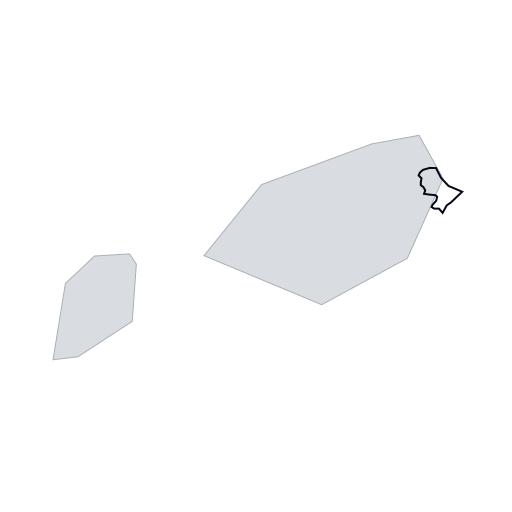 location of Birżebbuġa within Malta, rotated 293°
{"feature_id": "MLT-5968", "entity_name": "Birżebbuġa", "entity_type": "state/province", "adm_level": 1, "iso_a3": "MLT", "parent_name": "Malta", "parent_adm1": "", "projection": "equal_earth", "projection_center": [14.516, 35.821], "detail": "fine", "context": "in_parent", "style": "outline", "palette": "ink", "viewbox_px": 512, "rotation_deg": 293, "n_neighbors": 0, "source": "natural_earth", "source_scale": "10m", "svg_char_len": 742}
<svg xmlns="http://www.w3.org/2000/svg" viewBox="0 0 512 512"><g transform="rotate(293 256 256)"><path d="M430.8,358.9L400.4,397.9L313.1,396.2L236.8,335.4L236.0,208.0L323.9,233.2L404.3,318.6L430.8,358.9ZM201.8,149.0L147.5,167.6L93.7,131.5L81.2,109.7L156.3,91.3L192.9,107.4L208.5,138.7L201.8,149.0Z" fill="#d9dde1" stroke="#a8b0b8" stroke-width="1"/><path d="M407.3,387.4L400.2,395.8L395.7,405.9L395.7,420.7L381.2,414.4L377.2,411.8L368.6,410.9L370.0,408.1L371.1,406.0L369.2,401.3L369.7,398.5L372.2,398.5L377.3,400.3L381.3,399.6L382.1,397.4L380.2,391.4L378.9,386.4L382.6,386.1L384.8,383.2L385.6,380.0L388.0,379.0L392.3,377.9L393.6,374.3L396.9,374.3L400.6,376.1L404.9,381.4L407.3,387.4Z" fill="none" stroke="#020617" stroke-width="2"/></g></svg>